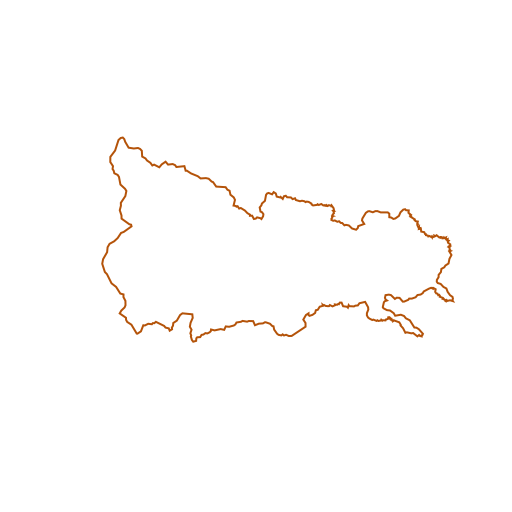 El Carmen De Viboral, Antioquia, Colombia (Albers equal-area conic projection), rotated 130°
{"feature_id": "7082276B81226439433985", "entity_name": "El Carmen De Viboral", "entity_type": "district", "adm_level": 2, "iso_a3": "COL", "parent_name": "Colombia", "parent_adm1": "Antioquia", "projection": "albers", "projection_center": [-75.289, 5.979], "detail": "fine", "context": "isolated", "style": "outline", "palette": "amber", "viewbox_px": 512, "rotation_deg": 130, "n_neighbors": 0, "source": "geoboundaries", "source_scale": "gbopen_adm2", "svg_char_len": 6094}
<svg xmlns="http://www.w3.org/2000/svg" viewBox="0 0 512 512"><g transform="rotate(130 256 256)"><path d="M208.3,78.1L207.4,84.2L207.8,87.1L209.0,88.7L206.4,96.8L207.4,101.2L206.8,104.0L207.9,107.3L212.3,111.0L211.3,113.7L211.6,118.3L213.3,120.9L214.1,124.8L213.7,126.0L209.2,128.3L207.9,128.3L205.9,127.1L206.0,128.8L205.2,130.3L202.7,131.6L200.2,129.4L199.2,127.5L199.6,122.0L197.5,121.4L195.8,119.1L196.6,114.2L195.7,113.2L191.7,111.2L190.2,111.3L188.4,109.2L185.0,107.2L182.1,107.2L179.7,105.1L177.3,104.4L175.3,104.7L169.8,102.5L167.8,101.4L167.4,99.7L166.9,100.2L166.5,99.8L166.0,97.0L168.3,95.7L168.8,93.9L168.2,92.8L168.9,91.2L168.0,90.7L168.4,89.3L169.1,89.0L167.9,85.8L168.1,84.8L168.7,85.0L168.0,82.7L168.7,82.2L168.6,81.5L167.9,81.9L167.7,81.2L167.2,81.4L167.2,80.4L165.2,78.9L164.0,76.1L163.6,77.3L162.2,77.6L161.0,79.2L161.3,82.1L160.3,86.1L158.5,89.3L159.2,92.5L158.7,96.6L159.9,99.4L159.5,101.0L158.0,102.1L154.9,102.5L153.0,104.0L149.5,104.0L146.7,105.7L143.6,104.5L141.6,104.8L138.0,103.7L133.8,106.0L129.6,106.9L128.3,110.7L127.1,110.2L127.5,111.2L126.6,111.1L126.4,112.1L125.1,113.1L125.3,114.2L123.8,113.7L124.0,114.3L123.0,114.0L122.2,114.7L122.4,117.4L121.8,118.2L120.5,118.2L121.0,119.2L119.9,120.0L120.7,120.3L120.4,121.3L121.0,121.2L120.8,122.2L119.9,122.5L120.9,123.0L120.9,123.9L121.7,123.6L122.7,124.6L122.1,125.8L122.8,126.8L123.5,126.5L124.0,127.6L124.0,131.0L125.4,131.3L125.7,132.4L126.1,131.9L127.2,132.1L127.7,133.5L128.3,133.2L128.0,133.9L128.8,133.9L129.1,135.9L130.3,136.6L129.9,137.5L130.8,139.2L130.1,139.9L130.5,140.6L129.6,142.4L131.1,145.1L129.1,147.3L130.3,148.3L129.3,148.5L129.9,149.1L129.0,149.8L129.8,149.8L128.5,152.5L127.5,152.4L127.4,153.4L125.6,154.2L126.7,156.1L126.5,157.9L125.9,158.0L126.6,163.0L125.9,162.8L125.6,164.2L124.9,163.9L124.9,167.0L122.9,168.3L124.5,170.5L124.3,171.8L125.8,173.0L129.7,173.4L133.4,172.3L137.7,173.4L139.3,174.6L139.6,177.1L140.6,178.8L137.9,181.1L137.9,183.1L142.4,188.4L143.6,191.9L144.9,193.4L147.4,194.6L148.8,198.0L149.8,198.9L152.3,199.6L158.9,198.6L160.6,197.7L161.9,193.7L167.4,196.9L169.2,196.0L171.5,196.2L173.2,200.1L172.9,204.5L174.3,207.1L175.7,208.0L175.3,211.1L176.2,212.4L176.0,214.7L177.5,215.7L178.1,218.5L179.4,219.5L180.1,222.2L179.5,221.5L178.9,222.2L177.6,222.2L176.7,223.3L176.0,222.8L176.2,223.4L175.1,223.9L173.1,223.8L172.1,225.3L171.5,225.0L171.7,226.1L170.7,225.8L169.5,227.3L168.6,230.8L169.3,230.7L169.0,231.4L169.3,231.0L170.3,232.9L171.6,233.2L171.7,234.5L172.3,234.2L173.1,235.4L172.8,236.0L174.0,236.9L174.2,239.4L176.6,240.7L176.8,242.1L177.5,242.0L180.6,244.8L180.8,246.5L180.2,247.2L180.7,250.4L181.7,252.1L182.9,252.7L182.9,254.0L184.1,256.3L185.8,257.5L187.5,261.5L186.7,263.2L188.9,264.5L188.7,266.9L191.0,269.9L190.7,271.9L192.3,273.0L195.1,272.2L194.9,275.0L195.5,274.9L197.2,278.3L195.4,281.0L195.7,283.5L198.4,283.3L199.6,286.9L201.0,287.7L202.7,287.6L208.0,284.6L212.0,285.2L213.8,284.4L216.4,284.4L219.1,281.1L218.6,279.5L219.2,277.2L221.0,276.1L224.2,275.6L224.2,276.9L225.7,280.0L227.5,280.2L229.0,281.4L227.6,284.9L229.1,286.5L228.2,287.2L228.7,290.1L228.3,293.7L229.0,298.5L230.5,299.4L229.7,302.1L230.8,302.7L230.6,303.5L231.8,305.6L226.5,308.2L225.4,310.7L225.5,315.0L223.0,318.2L223.6,320.5L222.8,323.5L228.4,331.1L227.0,336.4L227.5,337.8L227.2,341.9L228.5,344.4L232.2,348.3L232.3,351.9L234.5,358.8L235.1,363.8L235.9,364.7L233.2,368.6L239.0,374.2L238.4,376.3L239.1,378.9L242.5,382.1L241.9,385.9L246.4,387.1L250.2,387.1L251.5,392.8L253.3,393.6L252.5,396.8L252.9,400.9L252.3,403.4L253.0,407.1L248.8,411.1L248.5,413.6L249.1,415.8L252.2,418.7L254.9,423.2L252.6,429.6L251.1,432.1L250.9,434.2L252.6,435.5L255.5,435.9L265.8,431.7L273.7,431.3L277.7,428.0L279.1,423.3L281.6,421.8L282.1,419.9L283.7,417.7L282.8,414.1L283.5,411.8L288.4,405.8L288.7,399.5L289.5,397.1L294.1,394.6L302.2,393.7L304.3,391.8L308.5,389.8L311.4,385.1L313.8,383.0L313.1,373.4L312.3,371.8L313.3,370.4L322.6,372.8L325.1,374.2L331.2,373.5L335.9,374.1L340.8,376.0L344.7,375.3L348.8,372.5L356.7,371.1L360.8,368.8L365.4,361.5L365.7,358.5L369.8,349.1L369.6,343.3L372.0,335.8L370.6,332.8L372.7,331.1L374.3,327.2L377.6,324.3L379.9,323.6L384.4,324.1L387.6,323.5L386.9,315.9L388.4,314.5L389.3,312.3L388.7,307.3L392.1,297.5L391.7,296.9L387.7,295.7L381.5,297.8L380.7,296.5L377.2,295.0L375.2,291.9L373.8,291.9L372.8,290.7L370.8,290.4L368.6,281.4L369.0,279.3L367.5,276.3L368.7,274.1L366.1,273.2L365.0,274.4L362.7,274.8L360.5,276.3L356.4,275.1L350.0,276.2L347.2,275.5L341.6,267.3L344.1,264.7L349.2,263.2L352.7,261.2L353.9,258.0L357.4,256.6L358.5,254.6L359.5,254.2L361.5,251.2L362.0,249.0L359.5,247.3L357.4,248.8L356.1,248.8L354.0,246.6L351.4,247.0L350.0,245.8L347.6,245.2L346.6,243.5L344.3,242.5L342.7,242.3L341.2,243.2L339.6,239.9L334.7,236.1L333.0,232.9L329.4,233.9L327.5,231.1L323.5,228.3L321.7,227.8L319.5,228.2L316.0,225.2L314.4,224.6L312.0,220.6L310.4,219.7L307.7,216.3L309.7,212.3L306.0,210.3L303.2,207.4L300.9,206.5L300.3,205.4L298.9,201.7L299.2,198.5L298.6,197.4L300.7,194.8L302.0,189.9L301.9,188.0L300.5,185.5L298.9,185.2L298.9,183.5L297.0,182.3L296.2,179.4L294.3,177.3L278.3,172.6L275.5,175.0L274.3,178.9L269.1,179.8L266.2,178.9L267.4,177.9L267.5,176.6L264.8,174.9L261.6,174.1L259.1,175.3L257.5,174.1L253.9,174.6L251.1,172.7L250.5,173.5L250.5,172.4L249.8,172.3L249.5,170.6L248.2,168.6L247.4,167.8L246.1,167.9L245.4,165.0L242.7,163.7L242.3,164.3L241.2,162.5L239.8,162.2L239.6,161.5L237.8,161.8L236.7,160.5L238.5,157.0L236.4,153.7L236.5,152.4L234.1,153.4L234.4,152.2L231.6,148.5L230.2,148.0L228.4,146.2L225.7,146.4L221.0,142.9L223.2,137.2L224.9,135.5L228.5,134.3L230.2,132.9L231.1,130.6L231.0,128.8L230.3,125.8L229.3,125.2L228.2,121.9L227.2,121.7L227.1,120.5L225.2,118.9L224.3,119.1L224.4,117.8L223.9,117.8L222.1,115.4L221.2,115.7L219.4,114.5L217.9,115.3L217.1,114.4L217.2,113.3L217.9,113.2L218.2,112.4L218.1,111.7L217.2,111.5L217.9,110.3L217.1,109.6L217.7,109.1L216.6,108.8L214.7,103.6L215.7,100.8L216.3,100.6L216.8,96.9L218.8,92.2L217.5,91.4L215.4,87.3L214.0,86.1L213.8,80.7L211.7,80.3L211.9,79.1L211.1,77.4L210.3,78.1L209.7,77.7L208.3,78.1Z" fill="none" stroke="#b45309" stroke-width="2"/></g></svg>